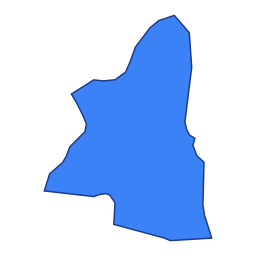 an SVG outline of Radovljica
{"feature_id": "SVN-1016", "entity_name": "Radovljica", "entity_type": "Statistical Region", "adm_level": 1, "iso_a3": "SVN", "parent_name": "Slovenia", "parent_adm1": "", "projection": "orthographic", "projection_center": [14.199, 46.349], "detail": "fine", "context": "isolated", "style": "filled", "palette": "blue", "viewbox_px": 256, "rotation_deg": 0, "n_neighbors": 0, "source": "natural_earth", "source_scale": "10m", "svg_char_len": 587}
<svg xmlns="http://www.w3.org/2000/svg" viewBox="0 0 256 256"><path d="M170.4,240.6L163.9,237.9L113.8,224.4L115.0,202.7L109.9,195.3L106.2,193.6L99.4,194.6L94.0,196.6L44.3,190.9L49.6,173.9L62.7,162.4L66.2,156.4L69.9,146.8L85.0,131.6L86.4,124.1L83.4,116.5L76.7,103.0L71.4,94.0L93.7,79.9L103.3,80.9L115.0,79.8L125.6,72.1L130.0,62.1L135.4,47.1L150.2,27.6L158.9,20.5L174.3,15.4L189.3,32.8L191.7,67.3L184.9,121.9L186.9,130.5L189.6,135.1L194.9,138.3L192.9,145.3L196.9,155.9L204.0,162.2L202.9,205.1L204.5,215.2L211.7,238.1L170.4,240.6Z" fill="#3b82f6" stroke="#1e3a8a" stroke-width="1.5"/></svg>